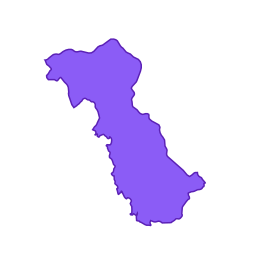 SVG path tracing the border of Košický, rotated 234°
{"feature_id": "SVK-1057", "entity_name": "Košický", "entity_type": "Region", "adm_level": 1, "iso_a3": "SVK", "parent_name": "Slovakia", "parent_adm1": "", "projection": "orthographic", "projection_center": [21.122, 48.674], "detail": "fine", "context": "isolated", "style": "filled", "palette": "violet", "viewbox_px": 256, "rotation_deg": 234, "n_neighbors": 0, "source": "natural_earth", "source_scale": "10m", "svg_char_len": 5422}
<svg xmlns="http://www.w3.org/2000/svg" viewBox="0 0 256 256"><g transform="rotate(234 128 128)"><path d="M231.7,100.8L231.5,101.1L230.9,102.8L230.9,104.0L231.1,105.1L231.3,110.0L231.2,111.0L230.5,112.6L229.7,113.8L228.8,114.6L228.1,115.5L227.9,117.4L228.0,120.5L227.5,123.6L226.4,126.3L224.9,128.3L223.7,129.1L221.2,129.9L220.1,130.8L219.4,131.8L218.4,134.1L217.8,135.1L211.7,140.3L210.3,142.6L210.1,145.5L211.3,151.4L211.0,153.6L210.0,156.0L210.0,166.3L208.3,168.7L206.6,170.0L204.8,170.6L199.1,170.1L197.4,170.2L195.6,170.8L190.7,171.1L189.3,171.7L186.4,173.4L182.3,174.1L177.4,176.7L174.4,176.9L171.4,175.9L168.9,174.1L166.6,171.4L161.2,163.2L160.4,161.7L159.2,155.8L158.3,154.1L156.7,153.8L153.2,153.9L151.7,153.2L151.0,152.2L150.1,149.4L149.5,148.2L148.7,147.4L146.9,146.7L143.7,144.8L142.4,144.4L137.4,146.0L134.2,146.1L132.6,146.4L130.7,147.5L129.9,148.9L129.4,150.4L128.3,152.0L126.9,152.8L125.8,152.3L124.6,151.3L122.9,150.6L119.7,151.3L112.4,154.8L109.9,154.3L108.0,152.4L105.4,151.2L102.6,150.7L100.2,150.8L96.8,150.5L91.6,147.3L88.6,147.0L87.2,146.6L84.4,144.0L83.0,143.3L81.4,143.3L61.3,147.8L55.3,148.2L52.6,149.3L52.5,150.4L52.4,151.6L52.6,154.0L52.7,154.6L52.7,155.1L52.6,155.6L52.5,156.1L51.2,158.0L49.4,157.0L47.3,157.0L46.6,157.2L44.9,158.1L44.1,158.2L42.7,158.0L38.6,158.3L38.2,158.2L38.2,157.8L38.4,157.6L38.6,157.3L38.6,157.1L38.4,156.8L36.7,155.7L36.3,155.3L36.1,154.8L36.1,154.4L36.2,154.1L36.2,153.7L36.1,153.3L35.7,152.6L35.6,152.1L35.6,151.5L35.8,150.6L36.1,149.9L36.4,149.2L37.0,148.4L37.2,147.8L37.9,144.4L38.2,143.6L38.4,143.1L38.7,142.6L38.9,142.3L39.1,141.9L39.3,141.5L39.7,139.6L39.9,138.6L39.9,138.4L39.7,138.2L38.9,137.9L38.1,137.4L37.7,137.3L36.7,137.2L36.0,137.0L35.2,136.5L34.8,136.2L34.7,135.9L34.7,135.6L34.7,135.3L34.8,135.0L34.9,134.8L34.3,132.1L32.4,126.3L31.9,125.3L27.0,121.1L26.8,121.0L25.8,120.8L25.0,120.0L24.7,119.2L24.3,117.5L24.3,116.6L24.4,116.0L24.6,115.6L25.0,115.2L25.5,114.7L25.9,114.2L26.3,113.5L26.3,112.8L26.0,111.4L26.1,110.2L26.1,108.9L26.2,108.5L26.2,108.1L26.1,107.4L26.6,106.5L31.1,99.9L33.3,99.2L34.7,97.9L35.8,95.1L36.5,94.2L37.0,93.7L39.8,91.9L38.5,90.1L37.2,89.7L36.1,89.5L35.9,89.2L35.9,88.9L37.0,87.9L38.2,86.2L38.7,85.7L40.0,84.9L44.1,83.1L44.8,82.5L45.0,82.4L45.3,82.4L45.5,82.5L45.8,82.5L46.2,82.2L47.7,80.8L48.1,80.6L48.3,80.7L48.6,80.9L48.7,81.1L49.3,81.3L51.5,82.7L52.9,84.9L53.3,85.3L53.5,85.4L53.4,85.2L53.1,85.0L53.0,84.7L52.8,84.4L52.7,83.6L52.6,83.3L52.7,83.1L52.9,83.0L55.2,82.2L55.5,82.0L55.5,81.8L55.0,80.9L55.1,80.4L55.4,80.0L56.2,79.2L56.6,79.1L57.1,79.3L57.1,79.7L56.9,80.7L57.1,81.1L57.6,81.6L60.1,83.5L62.3,84.9L64.3,85.1L65.1,85.3L65.6,85.5L65.8,85.9L66.9,87.8L67.5,88.1L68.6,88.2L69.8,88.1L70.7,87.6L71.1,87.4L71.4,87.2L71.9,86.6L71.9,86.3L71.6,85.7L71.6,85.3L71.7,85.1L72.1,84.9L72.7,84.7L74.4,84.6L80.3,85.7L80.6,85.5L80.8,85.4L80.7,85.1L80.2,84.7L79.9,84.4L79.9,84.2L80.0,83.8L80.1,83.3L80.1,82.8L80.1,82.5L79.9,82.0L79.8,81.7L79.9,81.3L80.2,81.2L81.2,81.5L83.5,82.5L84.9,82.9L85.4,83.2L85.5,83.5L85.1,83.9L85.2,84.2L85.5,84.6L86.5,85.1L87.1,85.3L87.6,85.3L90.6,84.7L92.5,86.3L94.4,86.6L97.1,88.4L97.5,88.5L97.6,88.3L97.7,88.1L98.0,87.9L98.6,87.7L99.8,87.5L100.4,87.6L100.8,87.8L101.0,88.6L101.1,88.9L101.1,89.3L101.0,89.7L101.2,90.3L101.7,91.0L103.2,92.5L103.5,92.9L103.5,93.1L103.6,93.5L103.8,93.9L104.3,94.7L104.7,95.1L105.1,95.2L105.4,95.2L105.7,95.1L107.0,94.9L110.6,96.1L112.4,96.4L112.9,96.3L114.6,95.8L115.1,95.8L115.4,95.9L115.7,96.2L116.2,96.4L116.5,96.7L116.8,97.0L117.0,97.3L117.3,97.7L117.7,98.2L118.5,99.0L119.1,99.2L121.0,98.8L122.4,99.3L123.3,99.4L124.0,99.7L124.6,100.2L125.1,100.3L125.6,100.3L126.2,100.0L126.5,100.1L126.7,100.5L126.8,101.0L126.7,101.4L126.1,102.0L125.9,102.2L125.8,102.5L125.2,103.2L125.0,103.5L124.9,103.8L125.0,104.1L125.0,104.5L126.0,106.1L127.8,107.7L128.8,108.2L129.9,108.4L131.2,108.2L131.5,108.1L131.5,107.9L131.4,107.7L130.9,107.3L130.8,107.1L130.7,106.8L130.7,106.5L130.8,106.2L130.9,105.9L131.1,105.7L131.5,105.5L132.0,105.4L133.3,105.4L133.8,105.4L134.9,104.9L136.4,104.7L136.7,104.7L137.1,104.5L137.4,104.2L137.6,103.5L137.9,102.5L138.2,100.6L138.1,100.2L138.0,99.9L137.7,99.3L137.8,99.0L138.1,98.8L139.0,98.5L139.5,98.4L139.8,98.6L140.5,99.1L140.9,99.6L141.1,99.6L141.3,99.4L141.4,98.8L141.5,97.7L141.7,97.4L141.9,97.4L142.0,97.8L142.0,98.1L142.3,98.6L142.7,99.1L143.9,99.7L144.7,99.8L145.4,99.6L145.9,99.3L146.1,99.1L147.4,98.4L148.5,101.2L148.7,101.9L148.8,103.3L149.1,104.2L149.6,105.3L150.1,106.0L152.8,110.9L158.8,113.3L161.3,113.7L162.9,113.6L163.7,113.7L164.4,113.9L166.2,115.3L167.2,115.6L168.1,115.7L168.9,115.5L169.4,115.3L169.8,115.1L170.0,114.9L170.2,114.7L170.3,114.2L171.0,113.7L173.2,113.3L174.7,111.8L176.5,111.2L177.0,110.9L177.4,110.5L177.7,109.7L177.8,109.1L177.8,108.5L177.7,108.0L177.1,106.7L177.0,106.3L176.9,105.9L177.0,105.0L176.9,104.7L176.5,103.2L176.4,102.7L176.4,100.8L176.4,100.4L176.3,100.1L176.2,99.8L176.3,96.2L179.9,96.3L189.0,99.1L190.3,99.8L190.8,100.1L191.1,100.3L191.0,100.5L191.6,101.0L196.0,103.6L198.0,104.1L199.7,104.1L202.6,103.6L208.0,103.4L208.3,103.4L208.5,103.2L208.6,102.8L208.6,102.1L208.3,100.7L207.9,99.4L207.8,99.1L207.8,98.7L207.9,98.4L208.2,98.0L208.4,97.8L210.4,96.9L213.9,92.0L216.4,91.9L218.1,92.8L218.4,93.4L218.5,94.0L218.6,94.5L218.7,95.2L220.2,98.6L220.3,99.5L220.4,100.3L220.8,100.6L221.3,100.8L224.4,100.5L226.8,99.8L227.3,99.7L231.6,100.8L231.7,100.8Z" fill="#8b5cf6" stroke="#5b21b6" stroke-width="1.5"/></g></svg>